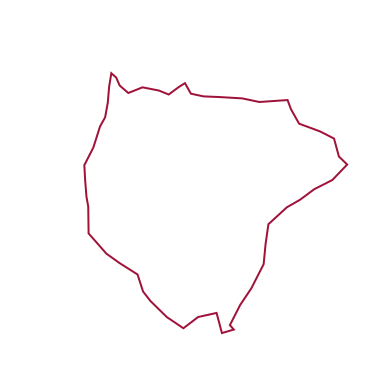 the district of Klonari, Limassol, Cyprus, rotated 27°
{"feature_id": "46923920B45851080898920", "entity_name": "Klonari", "entity_type": "district", "adm_level": 2, "iso_a3": "CYP", "parent_name": "Cyprus", "parent_adm1": "Limassol", "projection": "mercator", "projection_center": [33.179, 34.828], "detail": "fine", "context": "isolated", "style": "outline", "palette": "rose", "viewbox_px": 384, "rotation_deg": 27, "n_neighbors": 0, "source": "geoboundaries", "source_scale": "gbopen_adm2", "svg_char_len": 802}
<svg xmlns="http://www.w3.org/2000/svg" viewBox="0 0 384 384"><g transform="rotate(27 192 192)"><path d="M66.2,122.8L70.4,135.9L76.4,150.6L80.7,164.9L80.3,175.3L83.9,197.1L83.9,217.0L91.8,230.6L100.1,244.1L106.1,252.0L118.7,275.9L125.1,278.4L143.7,285.8L159.5,288.2L180.9,290.2L193.6,302.9L204.7,308.1L205.1,308.2L226.4,314.9L246.2,317.3L254.2,300.6L268.8,288.6L282.7,304.1L291.7,295.6L286.2,293.4L286.2,270.7L288.6,250.8L288.6,223.8L281.1,204.7L274.7,186.0L283.5,162.5L291.8,149.8L299.7,133.9L311.6,117.6L317.8,97.1L306.8,93.7L294.3,79.9L278.6,79.9L256.4,82.5L242.6,73.3L235.4,66.7L211.2,81.2L194.2,85.8L173.2,95.0L158.8,101.6L146.4,104.9L136.3,98.2L132.5,104.6L127.0,115.7L116.5,116.6L100.4,121.2L90.3,132.7L79.3,130.0L72.4,124.4L66.2,122.8Z" fill="none" stroke="#9f1239" stroke-width="2"/></g></svg>